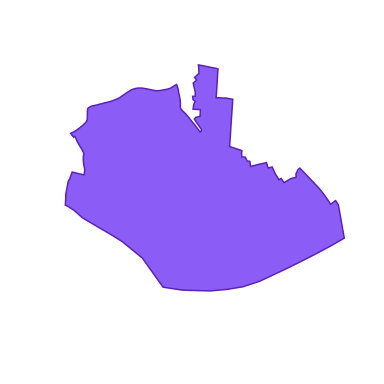 the district of Tay Ho, Ha Noi, Vietnam, rotated 142°
{"feature_id": "81297802B85279913761146", "entity_name": "Tay Ho", "entity_type": "district", "adm_level": 2, "iso_a3": "VNM", "parent_name": "Vietnam", "parent_adm1": "Ha Noi", "projection": "natural_earth1", "projection_center": [105.817, 21.069], "detail": "fine", "context": "isolated", "style": "filled", "palette": "violet", "viewbox_px": 384, "rotation_deg": 142, "n_neighbors": 0, "source": "geoboundaries", "source_scale": "gbopen_adm2", "svg_char_len": 3483}
<svg xmlns="http://www.w3.org/2000/svg" viewBox="0 0 384 384"><g transform="rotate(142 192 192)"><path d="M299.9,259.7L298.7,257.2L296.1,249.8L295.6,247.0L294.2,238.9L285.9,217.9L282.2,208.7L277.5,195.8L271.8,170.5L273.4,134.8L259.8,120.4L238.9,103.1L224.9,94.0L220.7,91.7L210.3,86.0L202.0,83.0L193.6,80.0L176.4,76.1L159.5,72.3L138.4,68.1L116.6,64.2L100.4,61.9L84.7,91.5L84.5,92.5L84.2,95.8L84.1,96.2L84.1,96.8L84.8,96.9L90.3,96.9L90.1,99.2L89.9,101.1L89.5,109.4L89.6,116.5L90.4,125.5L91.5,136.6L92.3,144.4L94.5,144.4L98.8,142.4L101.0,139.5L103.4,140.5L105.4,141.7L113.7,142.7L113.4,147.9L116.0,148.1L115.6,150.5L115.1,155.7L113.4,162.3L117.2,164.1L115.2,169.3L121.5,172.3L123.8,173.3L129.4,175.8L130.1,176.1L129.9,176.5L127.5,180.6L129.5,182.4L128.5,186.6L131.2,189.0L130.3,190.1L129.7,191.0L128.6,192.5L127.5,193.6L127.2,193.9L127.6,194.5L134.4,204.7L127.4,212.4L115.7,225.6L106.4,235.9L102.8,240.0L107.8,245.6L109.2,246.5L113.1,250.1L115.0,251.4L110.8,256.0L95.7,273.1L96.6,274.2L106.3,285.5L108.6,288.2L113.4,281.2L119.5,280.7L119.5,277.3L124.0,277.1L127.9,268.8L130.5,265.5L132.6,267.0L134.3,264.2L133.6,261.7L137.2,259.5L140.2,256.6L137.3,254.0L134.7,251.8L139.0,246.7L143.2,248.5L145.3,248.0L145.6,244.5L145.8,240.6L145.9,238.7L146.0,235.8L146.2,235.5L146.8,234.9L147.2,234.4L148.7,234.4L148.5,243.5L148.6,245.3L148.7,247.8L148.7,248.7L148.7,253.0L148.7,254.9L148.9,257.4L149.2,260.2L149.4,261.2L149.5,262.6L149.6,263.3L149.6,263.8L149.5,265.0L149.4,265.3L149.1,265.8L147.6,267.7L146.9,268.5L146.4,269.2L145.0,271.3L143.7,273.7L142.6,275.7L141.7,277.7L141.3,278.5L139.9,280.9L139.4,282.1L138.9,283.3L138.2,285.6L138.1,286.3L140.0,286.5L142.2,286.8L142.7,286.8L143.1,286.9L143.7,287.0L144.1,287.0L144.4,287.0L145.1,287.1L148.0,288.2L149.3,288.8L149.7,289.0L150.0,289.1L151.2,289.8L151.6,290.0L152.0,290.2L152.6,290.5L153.1,290.8L153.7,291.1L154.1,291.3L154.6,291.6L155.0,291.9L155.5,292.1L156.2,292.6L157.0,293.2L157.9,293.9L158.4,294.3L160.3,296.6L161.0,297.4L161.2,297.6L162.5,299.2L163.4,300.2L163.5,300.4L163.6,300.5L164.3,301.4L165.5,302.6L167.1,304.4L168.2,305.3L169.4,306.3L170.2,306.9L170.7,307.2L171.4,307.6L172.0,308.0L172.8,308.3L173.5,308.7L174.2,309.0L174.4,309.0L176.0,309.6L177.2,309.9L178.1,310.0L181.0,310.3L181.5,310.3L182.1,310.4L183.1,310.5L184.6,310.5L185.7,310.6L186.6,310.7L187.6,310.7L188.9,310.8L189.3,310.8L189.9,310.8L190.9,310.9L191.4,311.0L191.7,311.1L192.5,311.2L193.6,311.4L196.3,312.2L197.7,312.6L198.8,312.9L199.9,313.4L200.4,313.5L201.7,314.1L202.6,314.4L202.7,314.5L203.1,314.7L203.7,314.9L204.9,315.5L205.0,315.6L209.3,317.4L210.3,317.9L211.3,318.3L212.9,319.0L214.7,319.8L216.4,320.6L216.8,320.8L217.5,321.1L218.5,321.6L221.7,322.1L222.4,322.0L223.1,321.8L225.3,319.3L229.3,314.3L230.0,313.5L231.9,312.5L232.8,312.3L233.4,312.2L234.8,312.0L237.3,311.8L238.5,311.7L241.9,311.7L243.1,311.8L244.4,311.8L245.8,311.9L247.3,312.0L251.5,312.9L251.6,311.1L251.5,308.0L250.3,308.1L250.1,308.1L250.1,307.3L250.2,306.7L250.3,306.2L250.9,304.2L251.2,303.4L251.4,302.6L251.5,302.2L251.7,300.5L252.6,293.2L252.9,291.6L253.1,290.0L253.4,289.5L253.6,289.0L253.9,288.7L255.8,286.8L256.8,285.6L257.5,284.7L258.0,284.1L258.4,283.5L259.2,282.3L260.4,280.3L262.2,276.6L262.9,275.5L265.0,273.3L266.0,272.4L266.5,272.0L269.5,275.5L270.4,276.7L271.3,277.9L272.7,279.7L273.5,280.7L274.1,281.5L274.6,281.2L279.6,278.1L280.2,277.6L280.8,277.2L281.7,277.3L283.1,276.5L293.0,267.8L295.4,264.7L299.9,259.7Z" fill="#8b5cf6" stroke="#5b21b6" stroke-width="1.5"/></g></svg>